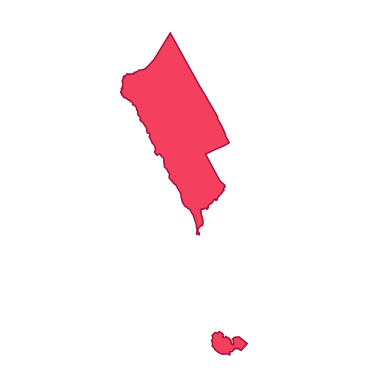 Ásahreppur, Suðurland, Iceland (Albers equal-area conic projection), rotated 290°
{"feature_id": "244011B31453435550318", "entity_name": "Ásahreppur", "entity_type": "district", "adm_level": 2, "iso_a3": "ISL", "parent_name": "Iceland", "parent_adm1": "Suðurland", "projection": "albers", "projection_center": [-19.181, 64.281], "detail": "fine", "context": "isolated", "style": "filled", "palette": "rose", "viewbox_px": 384, "rotation_deg": 290, "n_neighbors": 0, "source": "geoboundaries", "source_scale": "gbopen_adm2", "svg_char_len": 5748}
<svg xmlns="http://www.w3.org/2000/svg" viewBox="0 0 384 384"><g transform="rotate(290 192 192)"><path d="M260.5,91.6L260.6,92.1L260.5,92.3L260.2,92.6L259.7,92.6L259.2,92.8L259.0,93.4L259.1,93.8L258.4,94.3L257.7,95.1L257.6,96.3L257.5,96.6L258.0,97.3L258.0,97.6L257.5,97.9L257.3,98.3L257.4,99.0L257.3,99.3L256.9,99.8L256.9,100.5L256.6,101.1L256.6,101.6L257.0,102.3L256.4,102.7L256.2,103.3L256.1,103.9L255.8,104.3L255.9,105.0L255.5,105.6L255.4,106.0L255.0,106.2L254.2,106.2L253.7,106.5L253.9,107.4L253.8,107.6L253.6,108.0L253.6,108.7L253.6,109.0L252.8,109.9L252.5,110.5L251.9,111.3L251.6,111.5L250.6,111.5L250.4,111.7L250.2,112.2L249.5,112.8L249.3,113.3L246.6,114.4L246.1,114.8L245.8,115.1L245.6,115.7L244.7,116.8L244.4,117.9L244.0,118.3L243.7,118.4L242.6,118.2L242.1,118.4L241.5,118.9L241.1,119.6L240.8,120.2L240.9,120.9L240.7,121.9L240.0,122.5L239.2,123.8L238.4,124.6L238.0,125.4L237.7,125.7L237.6,126.2L237.1,126.7L236.4,127.2L235.8,128.0L234.9,128.0L233.6,129.0L232.4,129.4L232.3,129.6L232.4,131.0L232.5,131.7L232.1,132.4L231.5,132.7L230.8,132.7L230.2,132.9L229.5,132.8L228.8,133.2L227.8,134.3L227.6,134.9L227.4,135.2L226.2,136.0L225.9,136.9L224.9,137.3L224.5,137.7L223.9,138.8L223.8,139.3L223.0,140.5L222.6,141.2L222.3,141.6L221.3,142.1L220.7,142.3L219.6,143.1L219.2,143.3L218.3,143.3L217.2,143.0L216.4,143.5L215.9,144.1L215.8,144.5L215.0,145.4L214.8,146.3L214.6,146.8L214.6,147.0L214.8,147.1L215.5,147.1L215.9,147.3L216.2,147.9L216.4,148.9L216.4,149.4L215.2,150.8L215.0,151.1L214.8,152.0L214.5,152.8L214.4,153.1L214.3,153.4L212.9,154.7L211.7,154.8L211.4,155.0L209.7,155.7L208.4,156.6L207.6,156.8L206.1,157.5L206.0,157.8L205.7,158.6L205.1,159.5L204.5,161.0L203.7,161.9L202.9,162.4L201.6,164.2L200.8,164.8L200.1,165.1L199.0,165.1L197.6,165.6L197.2,166.1L195.9,168.2L195.7,169.0L195.4,169.6L194.3,170.7L194.1,171.6L193.5,172.9L193.2,173.9L192.6,175.1L192.0,175.8L190.9,176.7L190.4,177.3L189.5,178.6L187.7,180.9L187.1,181.2L186.8,181.7L186.1,182.4L183.1,183.7L182.4,184.5L181.7,184.8L181.1,185.3L180.1,185.7L179.4,186.3L179.1,186.8L178.4,187.2L178.1,187.7L178.1,188.0L177.1,189.0L176.3,190.2L176.0,191.0L175.9,191.9L175.9,192.6L175.3,193.4L175.1,194.0L174.9,195.3L174.5,196.4L173.9,197.2L173.0,197.9L172.3,198.8L170.9,200.7L170.3,201.3L167.2,203.8L162.9,207.1L161.4,207.8L159.9,208.5L158.9,209.3L157.8,209.8L156.8,210.1L154.9,210.3L154.5,210.5L154.1,210.8L154.0,211.2L154.0,211.5L154.3,212.7L154.2,213.7L154.2,214.0L154.3,213.8L155.7,213.0L156.2,212.5L157.1,210.9L158.0,210.6L160.1,210.6L160.9,210.7L161.6,211.0L162.6,211.6L163.1,212.1L164.0,212.4L164.0,212.6L163.9,213.0L164.1,213.2L166.4,213.1L167.0,212.7L168.7,212.2L169.3,211.8L169.9,211.5L170.7,210.8L171.9,210.2L172.3,209.7L175.3,207.8L177.3,207.0L178.3,206.4L178.6,206.3L179.2,206.7L179.9,207.6L179.8,207.9L179.4,208.2L179.4,208.3L179.8,208.5L180.0,209.1L181.0,209.5L181.0,210.0L181.8,211.0L181.7,211.2L181.6,211.3L181.1,211.4L180.8,211.9L181.7,212.4L182.1,212.5L182.9,212.4L183.0,212.7L183.6,212.4L184.1,212.3L184.5,212.0L184.9,212.0L186.1,212.7L188.1,214.3L188.8,214.7L189.6,214.9L191.7,215.0L192.2,215.2L192.5,215.8L193.2,216.0L193.4,216.2L193.3,216.4L192.6,216.8L192.2,217.4L192.5,217.8L193.6,218.3L194.5,217.9L195.3,218.2L196.3,218.3L202.0,220.6L203.8,221.0L204.4,221.5L204.7,221.3L204.6,221.0L204.8,220.8L205.4,220.8L205.7,220.6L206.7,220.6L207.4,221.2L208.0,221.2L208.8,221.0L209.5,220.7L211.8,214.7L225.4,199.4L232.2,191.8L239.9,199.3L246.3,206.2L249.4,208.9L251.1,210.1L251.6,209.4L253.5,207.5L254.0,206.6L254.6,205.8L259.2,202.2L264.8,196.7L269.0,191.6L269.9,190.9L271.6,190.3L273.4,188.0L274.5,186.8L275.7,185.2L277.7,183.0L284.5,174.7L286.6,172.4L293.3,163.9L316.3,137.5L334.0,117.2L303.4,111.0L295.2,107.6L292.2,106.0L291.2,105.4L289.6,103.1L288.4,100.4L287.6,100.1L286.5,99.4L285.7,98.3L285.2,98.2L284.8,97.7L284.9,97.2L284.6,96.8L284.1,96.8L283.5,97.0L283.1,96.9L282.9,95.7L282.7,95.6L282.6,95.3L282.2,94.9L282.1,94.4L281.9,94.1L281.9,93.9L281.7,93.5L281.6,93.0L281.4,92.8L281.0,92.8L280.9,92.5L280.9,92.3L281.1,91.7L281.1,91.3L281.1,91.0L280.7,90.7L280.5,90.2L280.4,90.2L279.4,90.0L278.5,90.3L278.7,90.1L278.7,89.9L278.4,89.7L278.0,89.7L277.6,89.2L277.6,88.9L277.6,88.6L277.6,88.4L276.7,88.9L276.6,88.4L276.5,88.2L276.0,88.3L275.6,88.2L275.1,88.6L273.9,88.7L273.1,88.2L272.8,88.4L272.2,89.0L271.4,88.9L270.9,89.2L270.7,89.5L270.6,90.0L270.4,90.2L270.0,90.1L269.6,90.4L268.6,90.4L268.4,90.2L268.0,90.4L267.5,90.4L267.4,90.4L267.3,90.8L267.0,91.0L265.6,91.3L265.5,91.0L265.5,90.4L265.4,90.2L263.5,90.8L263.0,91.3L262.7,91.1L262.4,91.1L262.1,90.8L261.8,90.8L260.8,91.2L260.5,91.6ZM51.6,282.9L51.8,283.1L52.1,283.0L52.6,283.2L52.9,283.1L53.5,282.5L53.9,282.4L54.5,282.0L55.8,284.3L56.0,284.4L58.8,285.7L59.4,285.4L59.8,285.6L59.8,285.8L59.8,286.0L59.8,286.3L59.9,286.6L59.8,287.1L60.3,287.3L60.2,287.7L60.2,288.1L60.3,288.3L60.4,288.7L60.8,288.9L60.0,291.2L60.2,291.6L59.9,292.4L68.4,295.8L68.6,295.6L71.9,285.8L70.4,282.3L68.3,280.5L63.3,283.1L62.6,282.9L62.9,282.7L62.8,281.0L66.3,279.0L66.3,278.8L66.1,278.7L66.1,278.3L66.2,278.1L66.2,277.9L66.7,277.7L66.9,277.4L66.8,277.2L67.0,276.7L67.4,276.5L67.3,276.3L67.2,276.1L67.5,275.2L67.2,274.9L67.4,274.7L67.5,274.2L67.9,273.5L68.0,273.2L67.8,273.1L67.0,273.0L66.2,272.4L66.0,270.6L66.7,270.6L66.9,270.7L68.4,269.7L68.5,269.8L68.6,269.6L68.9,269.8L69.0,269.5L69.0,269.1L69.4,269.0L70.2,265.2L68.1,264.5L67.9,261.7L64.0,259.9L63.0,260.9L62.1,261.3L60.9,261.5L58.8,261.3L58.5,261.5L57.9,262.6L57.7,262.8L56.9,262.8L56.0,263.4L54.5,263.6L53.9,263.9L53.8,264.0L53.6,264.4L53.7,265.0L52.8,266.3L51.4,268.2L51.0,269.4L50.9,270.3L50.3,271.4L50.2,271.9L50.2,272.6L50.0,273.7L50.0,275.3L50.1,276.4L50.6,277.6L51.4,279.1L51.8,280.1L52.0,280.8L52.0,281.6L51.9,282.2L51.6,282.9Z" fill="#f43f5e" stroke="#9f1239" stroke-width="1.5"/></g></svg>